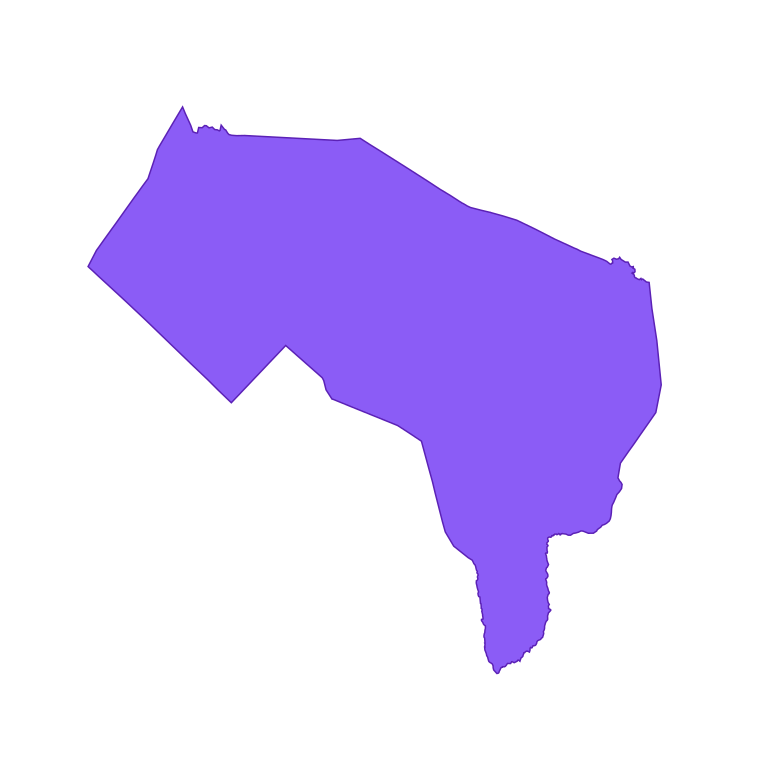 the district of Santo Domingo Nuxaá, Oaxaca, Mexico, rotated 352°
{"feature_id": "50627088B43752024879385", "entity_name": "Santo Domingo Nuxaá", "entity_type": "district", "adm_level": 2, "iso_a3": "MEX", "parent_name": "Mexico", "parent_adm1": "Oaxaca", "projection": "equal_earth", "projection_center": [-97.046, 17.162], "detail": "fine", "context": "isolated", "style": "filled", "palette": "violet", "viewbox_px": 768, "rotation_deg": 352, "n_neighbors": 0, "source": "geoboundaries", "source_scale": "gbopen_adm2", "svg_char_len": 5976}
<svg xmlns="http://www.w3.org/2000/svg" viewBox="0 0 768 768"><g transform="rotate(352 384 384)"><path d="M455.5,686.4L456.8,686.3L457.6,685.8L458.1,684.6L459.0,683.4L460.2,681.4L461.3,681.0L461.8,681.0L461.9,680.5L462.4,680.4L463.6,680.8L464.9,680.5L465.5,679.9L466.1,679.4L466.9,678.4L467.6,677.9L468.8,678.2L469.8,678.3L470.5,678.4L471.7,676.8L472.2,676.8L474.1,678.1L477.2,677.1L477.9,676.2L478.8,676.2L480.0,677.5L480.6,676.2L481.6,674.3L482.3,674.0L483.0,673.5L483.6,673.0L483.8,672.3L484.2,671.6L484.6,670.9L485.0,669.7L485.5,669.8L486.0,669.6L486.3,669.2L487.3,668.6L488.1,668.4L489.0,668.6L489.7,669.0L490.7,669.7L491.5,668.0L491.9,666.0L492.4,665.3L493.5,665.9L494.0,665.7L494.4,665.0L494.8,664.2L495.4,663.9L495.8,664.1L497.4,663.9L497.9,663.6L498.4,663.0L498.9,662.2L499.2,661.8L499.4,660.9L499.8,660.2L500.4,659.7L501.2,659.3L502.6,659.0L503.3,658.8L504.0,658.3L504.5,657.6L505.2,657.3L505.7,657.1L507.4,653.5L507.4,651.3L507.8,650.7L508.5,649.7L509.0,648.2L509.3,646.3L509.5,645.7L510.5,643.5L510.7,642.9L511.3,642.1L511.7,641.4L512.4,641.0L512.9,640.5L513.3,639.9L513.4,639.2L513.5,638.3L513.6,637.3L513.7,636.3L514.2,635.4L514.7,634.2L515.1,633.3L515.6,633.1L517.6,631.4L517.6,630.6L515.7,629.3L515.9,628.8L515.8,627.5L516.0,626.5L517.0,625.3L516.4,624.0L516.2,623.5L516.0,622.5L516.0,621.9L515.9,620.9L515.9,620.2L516.0,619.6L515.9,618.7L516.0,618.1L517.3,615.2L518.3,614.6L518.7,613.5L518.5,612.8L518.1,611.8L517.9,610.3L517.8,609.0L517.5,607.8L517.3,607.0L517.1,605.5L517.2,604.4L517.5,603.3L517.4,601.9L517.2,601.1L516.9,600.0L517.1,599.4L517.8,599.2L518.6,598.5L518.8,598.1L519.4,597.6L519.6,596.8L519.7,595.7L519.5,594.6L519.0,593.5L518.5,592.2L518.2,590.8L518.8,589.8L519.4,588.5L520.2,588.1L521.8,585.7L521.2,583.3L520.8,581.0L520.9,579.6L520.8,578.3L520.9,576.9L520.6,575.6L520.4,574.2L520.9,573.9L522.1,574.1L522.5,573.0L522.3,571.7L522.6,568.5L522.8,568.0L523.7,567.2L523.9,567.0L523.8,566.4L522.9,565.3L523.4,563.7L524.7,562.8L524.9,562.2L524.5,560.8L524.6,559.5L525.1,558.9L525.6,558.7L526.3,558.6L527.0,558.6L527.5,558.9L528.1,558.9L528.9,558.2L529.1,557.5L529.3,557.5L529.9,557.8L530.2,557.8L530.5,557.4L530.8,557.5L531.0,557.1L531.3,557.3L531.8,556.9L532.0,556.5L532.4,556.4L533.3,556.6L534.0,556.7L534.2,557.2L534.5,557.1L534.9,557.2L535.3,556.9L535.8,556.8L536.2,556.4L536.8,556.8L537.4,558.0L538.0,557.8L538.5,557.0L538.9,556.9L539.1,556.9L539.4,557.1L539.9,556.9L540.2,557.1L543.4,558.0L545.3,559.3L547.7,559.7L550.6,558.3L553.1,558.2L556.0,557.8L558.6,556.9L560.6,557.4L563.1,558.8L565.5,560.2L570.7,560.9L571.0,560.7L574.1,559.2L575.0,557.9L577.1,556.7L578.6,556.0L580.4,554.2L582.7,553.8L585.0,552.9L588.0,551.0L589.4,548.9L590.5,545.9L591.3,542.8L592.0,539.2L592.7,536.8L593.3,535.4L594.8,533.4L596.0,531.4L597.5,529.0L599.2,525.9L602.1,523.5L604.7,520.6L605.8,516.6L604.9,514.3L603.9,512.9L602.9,510.2L602.6,509.5L607.1,495.3L617.0,484.6L623.7,477.6L630.4,470.3L638.8,461.3L649.2,450.1L658.4,423.5L660.2,379.0L659.8,346.4L660.7,320.3L658.0,319.5L656.7,318.0L656.2,317.6L655.4,316.5L654.8,316.2L654.4,316.0L653.4,316.5L653.1,315.2L651.3,316.2L649.3,315.0L648.5,314.1L647.7,313.9L646.9,312.6L647.0,311.2L646.6,310.3L645.0,308.7L646.0,308.1L646.8,308.8L648.2,307.8L648.4,305.3L646.7,303.9L647.2,303.2L647.2,302.4L645.7,302.6L644.0,301.4L642.6,297.2L640.0,296.9L636.1,293.6L635.0,291.3L633.8,292.6L631.6,292.8L629.2,291.4L627.0,292.4L627.5,293.8L627.4,295.4L627.2,296.1L626.3,296.1L625.3,297.0L624.4,296.5L621.6,293.5L619.4,292.0L618.0,291.1L617.8,291.0L614.4,289.1L607.9,285.6L597.4,279.9L593.8,277.3L593.1,276.9L591.5,276.0L573.1,264.2L555.8,252.0L538.3,240.3L529.8,236.3L525.1,234.1L514.5,229.5L513.6,229.1L513.4,228.9L512.1,228.5L511.9,228.4L504.5,225.5L494.3,221.3L492.3,220.0L490.8,219.0L489.6,217.9L489.1,217.6L488.3,216.9L486.8,215.8L486.4,215.7L485.9,215.1L484.0,213.6L483.7,213.3L476.0,206.6L466.5,198.9L456.5,190.1L437.4,173.7L411.6,151.8L405.0,146.3L403.2,144.8L394.6,137.4L371.6,136.3L280.4,118.5L272.8,117.6L267.8,116.5L265.2,115.4L264.1,113.8L262.6,110.4L261.5,109.7L258.8,105.0L256.9,110.1L256.1,110.4L254.3,109.1L251.8,108.5L249.7,105.7L246.4,106.0L244.0,103.5L242.3,103.1L239.6,104.9L236.2,104.2L234.2,109.4L232.9,109.3L229.9,107.7L228.6,101.0L224.9,88.6L223.1,81.6L211.6,95.9L201.6,108.5L194.5,117.4L193.4,118.9L192.3,120.3L189.9,125.5L187.9,129.6L186.2,133.1L182.6,140.3L181.1,143.3L178.9,147.8L172.7,154.1L166.3,160.8L162.5,164.7L153.6,174.1L151.8,176.0L148.4,179.6L146.4,181.7L141.4,187.0L135.9,192.7L127.0,202.0L120.2,209.2L117.8,211.7L107.3,226.5L108.1,227.5L108.3,227.8L111.3,231.4L115.8,237.0L139.1,265.4L156.7,287.3L167.5,301.1L196.2,337.8L209.8,354.9L219.1,367.2L230.2,381.3L292.0,332.2L323.7,369.2L324.8,372.2L325.8,381.7L330.4,391.7L331.5,392.1L349.5,402.6L391.7,427.0L406.4,439.8L406.5,439.9L407.1,440.5L413.1,445.8L416.8,475.3L418.4,487.6L419.5,499.2L422.7,528.4L424.1,539.0L430.5,554.3L443.2,567.7L446.8,570.7L447.2,571.7L448.0,574.4L448.5,575.2L449.1,576.1L449.4,577.8L449.5,579.6L449.7,581.3L450.1,582.1L450.3,582.9L449.8,583.7L449.9,584.4L450.6,585.2L450.5,586.7L449.9,587.3L449.6,588.3L449.9,589.3L449.7,590.4L448.7,591.6L448.1,591.7L447.7,593.6L447.7,594.9L447.9,596.0L447.9,596.9L448.0,598.7L448.3,600.8L448.6,602.2L448.7,603.2L448.1,604.0L447.9,604.5L447.9,606.2L448.2,607.6L449.3,608.3L449.0,614.7L449.4,615.0L449.4,616.5L449.3,617.6L449.2,618.7L449.0,619.6L449.7,620.5L449.6,621.7L449.2,622.6L449.6,626.5L449.4,627.0L449.5,628.6L449.4,630.5L447.8,630.7L447.6,631.7L448.0,632.7L448.6,633.7L449.0,635.4L449.6,636.5L450.4,637.2L450.8,637.8L450.6,638.2L450.6,638.9L450.3,640.5L449.8,641.5L449.2,644.2L448.6,645.2L448.0,647.0L447.8,648.5L448.3,649.5L448.0,654.3L447.6,654.5L447.9,655.4L447.3,657.8L447.4,658.4L447.0,658.4L446.9,661.5L447.4,663.5L447.8,665.3L447.9,667.3L448.6,668.9L448.8,670.8L449.1,672.9L449.4,673.6L450.2,674.5L451.6,675.6L452.3,676.4L452.8,678.2L452.7,679.2L452.6,680.2L452.8,682.4L453.6,683.6L455.0,685.7L455.5,686.4Z" fill="#8b5cf6" stroke="#5b21b6" stroke-width="1.5"/></g></svg>